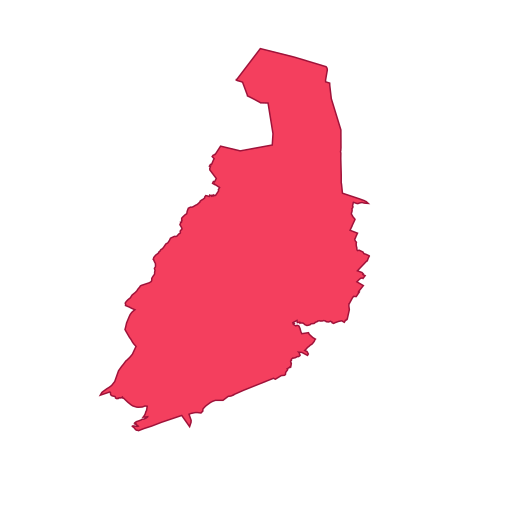 outline of Texcoco, México, Mexico, rotated 107°
{"feature_id": "50627088B50126405105256", "entity_name": "Texcoco", "entity_type": "district", "adm_level": 2, "iso_a3": "MEX", "parent_name": "Mexico", "parent_adm1": "México", "projection": "equal_earth", "projection_center": [-98.834, 19.476], "detail": "fine", "context": "isolated", "style": "filled", "palette": "rose", "viewbox_px": 512, "rotation_deg": 107, "n_neighbors": 0, "source": "geoboundaries", "source_scale": "gbopen_adm2", "svg_char_len": 6068}
<svg xmlns="http://www.w3.org/2000/svg" viewBox="0 0 512 512"><g transform="rotate(107 256 256)"><path d="M69.1,236.1L69.1,240.3L67.5,240.9L57.2,242.2L56.1,242.7L55.5,243.1L54.5,244.3L54.6,277.4L56.4,312.5L93.1,326.1L93.1,326.4L93.5,326.4L93.7,325.2L93.7,324.5L93.6,321.0L93.8,319.6L104.8,311.2L105.3,311.1L105.6,310.2L105.6,309.5L106.3,305.4L108.0,296.9L108.2,296.5L106.2,289.2L134.1,275.5L145.1,272.9L160.1,301.9L161.3,322.0L170.8,324.7L170.8,325.1L171.3,325.3L172.1,326.4L173.7,327.0L175.2,324.5L176.8,324.8L180.7,325.2L181.7,325.4L181.7,326.3L183.7,326.8L183.9,325.7L185.9,325.8L187.2,325.3L193.5,316.6L197.3,317.4L197.2,318.5L199.2,318.8L199.7,316.7L199.4,316.7L201.2,310.8L203.6,311.4L204.7,310.8L209.9,312.4L210.1,313.5L210.4,313.6L210.1,314.6L211.2,314.7L210.8,315.8L211.8,315.9L211.2,318.0L212.8,318.2L212.8,320.7L212.9,321.1L212.9,321.7L214.6,322.3L215.6,322.1L217.4,323.4L218.4,324.4L220.0,325.5L220.8,325.4L224.1,327.4L224.7,328.2L227.6,330.9L228.3,332.2L228.4,332.9L230.1,334.7L233.5,334.9L234.4,334.7L236.1,334.7L236.9,335.6L239.8,337.3L241.5,338.1L242.5,337.9L243.5,337.3L243.7,337.5L244.1,337.2L244.9,337.4L245.5,337.2L245.8,337.9L246.0,337.7L248.3,337.9L248.5,337.7L250.3,335.7L251.5,334.8L252.4,334.8L253.7,335.7L255.0,335.6L255.9,335.1L256.7,335.4L257.4,336.2L260.2,337.5L260.7,338.2L261.1,339.8L264.0,343.0L266.3,343.3L269.3,344.2L270.8,345.7L275.0,347.0L276.6,347.8L277.7,348.8L278.9,349.2L279.3,349.2L280.8,350.2L281.7,350.1L284.5,352.2L287.2,353.3L289.3,353.3L289.4,352.8L289.8,352.6L291.4,351.2L292.6,350.0L294.8,349.2L295.9,349.0L297.3,349.5L297.7,349.5L299.2,348.4L301.2,348.2L302.9,347.7L303.7,347.9L305.0,348.4L307.1,349.0L308.1,349.1L309.7,348.6L311.0,348.7L312.7,350.1L317.6,357.0L318.4,357.8L319.8,358.2L322.6,359.4L323.8,359.6L326.2,360.8L329.6,363.1L332.9,364.0L333.6,364.6L335.5,365.8L337.5,366.8L339.3,367.3L340.6,366.4L341.5,366.3L341.9,362.1L342.4,359.7L342.8,356.1L344.1,357.0L346.2,358.3L348.7,359.2L350.8,359.5L357.8,360.2L361.9,359.9L364.6,359.8L365.8,358.6L370.9,353.1L372.2,351.3L374.3,349.1L375.8,347.2L377.5,344.3L386.1,345.5L389.9,347.1L392.2,348.4L393.2,348.9L394.1,349.6L395.9,350.3L398.2,351.1L400.8,352.2L405.9,353.9L417.4,354.4L422.0,356.2L424.5,358.0L426.5,359.8L430.2,362.6L431.2,363.3L431.9,363.6L434.6,364.2L428.8,356.1L429.0,355.4L429.4,355.1L430.3,354.9L430.8,354.6L431.6,353.7L431.8,352.6L431.6,349.9L431.8,349.5L432.1,349.2L432.9,348.8L433.1,347.3L432.6,347.0L432.7,346.3L432.3,345.7L431.6,345.6L431.5,345.3L431.3,343.8L431.1,343.8L430.8,343.5L430.5,342.8L429.9,342.5L430.2,342.1L430.8,342.0L430.8,340.7L431.2,340.0L433.3,335.8L434.9,331.8L435.4,329.9L435.4,326.0L435.1,324.5L433.7,320.7L432.7,319.3L431.9,318.4L431.5,316.1L435.8,315.5L436.9,315.8L439.6,315.8L441.1,316.1L443.1,316.8L442.4,314.9L441.3,312.6L441.7,312.6L443.1,313.7L444.8,315.6L445.3,317.1L446.6,318.2L448.3,320.4L449.4,322.0L450.8,323.0L451.1,322.2L452.0,323.0L452.1,322.5L452.0,321.7L452.7,320.0L452.8,319.5L453.2,318.9L453.5,319.4L453.8,320.4L454.4,323.9L454.8,324.5L455.1,324.5L455.7,322.7L456.5,321.4L457.1,320.7L457.5,319.6L457.5,319.1L457.3,318.1L457.4,317.3L453.7,312.6L449.2,306.1L442.6,297.7L430.2,280.4L438.6,269.6L434.0,269.5L432.1,270.0L426.9,273.8L425.5,272.0L424.0,269.3L423.5,268.3L422.9,266.5L422.2,262.7L419.8,261.5L418.7,261.9L417.5,261.9L414.4,260.4L412.4,259.0L409.6,256.9L408.3,255.7L407.1,254.3L405.9,252.6L403.7,245.4L398.3,241.5L397.3,239.1L395.1,236.3L395.8,237.6L388.1,228.7L367.8,203.5L368.2,201.5L363.0,196.9L361.8,194.0L360.8,193.2L358.7,193.6L355.5,192.5L354.8,193.1L354.7,192.8L353.5,192.3L352.8,191.1L352.6,191.2L352.2,190.5L351.7,190.9L351.2,190.4L348.5,190.8L348.4,191.1L347.8,191.2L347.6,191.6L346.5,192.2L345.7,191.7L345.6,191.9L345.0,192.0L344.8,191.9L344.3,191.9L342.8,191.0L342.7,190.8L342.8,190.5L341.7,188.6L340.2,187.2L339.7,185.8L338.6,185.0L338.0,184.8L337.3,185.4L337.1,185.8L336.1,186.1L335.5,187.1L334.8,183.9L336.0,177.7L334.4,177.3L332.4,179.3L332.1,181.8L330.7,181.0L328.4,180.0L326.9,178.9L325.3,178.0L324.1,176.8L321.9,175.8L320.2,175.3L318.7,175.2L318.1,174.9L317.4,177.8L315.3,182.2L314.0,183.4L316.9,189.5L315.4,190.9L312.6,192.6L310.5,194.4L310.2,195.5L310.3,196.5L311.2,197.5L310.9,199.0L310.1,200.6L309.4,199.8L308.8,201.1L307.8,200.1L305.6,198.0L307.6,197.0L306.5,194.8L307.4,194.3L307.0,193.9L306.4,191.5L306.8,190.3L307.3,189.4L307.6,187.2L307.2,186.2L306.0,184.3L305.5,183.9L304.9,183.7L304.7,183.4L304.4,182.9L304.1,182.0L303.5,180.7L302.8,180.2L302.2,180.0L300.8,178.2L299.9,177.7L299.7,176.8L299.3,176.3L299.3,175.0L299.1,174.6L298.6,173.3L298.1,172.7L297.9,172.1L297.9,171.4L297.8,170.6L298.3,169.6L297.9,167.4L297.2,166.4L296.6,165.7L296.7,165.4L296.8,165.1L296.9,164.2L297.0,164.0L297.4,163.9L297.6,163.7L297.8,162.1L296.5,160.7L294.4,157.9L292.9,155.1L293.6,152.2L291.7,151.7L291.3,151.7L290.9,151.3L290.7,151.0L290.7,150.7L289.5,150.5L289.5,150.3L280.5,151.0L279.9,151.1L276.6,152.6L274.6,153.1L274.5,152.9L268.1,151.6L266.1,150.9L265.5,148.3L260.3,146.7L260.3,147.5L259.5,147.3L252.9,144.7L251.2,152.0L248.9,150.8L246.7,149.4L245.9,147.7L245.9,147.4L246.1,147.1L242.9,145.9L242.5,148.3L241.8,148.1L240.8,149.8L240.5,154.7L228.5,148.7L228.2,148.2L225.1,148.0L222.9,147.6L222.7,147.8L222.2,151.4L222.2,153.5L220.9,154.9L220.3,159.1L221.1,160.3L220.8,161.0L220.0,161.6L219.5,161.8L218.9,161.8L218.4,162.2L217.2,162.9L217.1,163.0L214.7,163.9L213.7,163.9L213.4,164.1L212.6,165.4L211.6,166.2L210.9,166.5L209.8,166.2L208.0,166.1L204.5,165.6L203.9,173.6L199.9,173.0L199.7,172.9L199.2,173.0L192.1,172.0L191.9,172.1L189.7,175.4L189.2,175.6L188.2,176.9L187.1,177.3L185.7,177.2L184.3,177.4L182.5,178.1L181.8,177.7L180.9,177.6L180.5,177.7L180.0,178.3L176.3,178.6L176.1,178.3L176.3,175.5L176.2,174.1L175.9,173.6L174.9,172.3L173.8,170.2L173.8,168.6L173.6,167.2L172.9,164.1L171.7,166.6L171.7,167.0L171.6,167.7L171.4,168.3L171.1,174.0L170.7,190.8L170.6,191.7L170.4,191.8L162.1,195.3L161.1,195.9L153.9,198.1L138.1,203.4L132.6,205.0L131.9,205.5L131.1,205.8L130.6,205.7L127.6,206.4L110.6,211.7L83.5,230.0L71.4,235.3L69.1,236.1Z" fill="#f43f5e" stroke="#9f1239" stroke-width="1.5"/></g></svg>